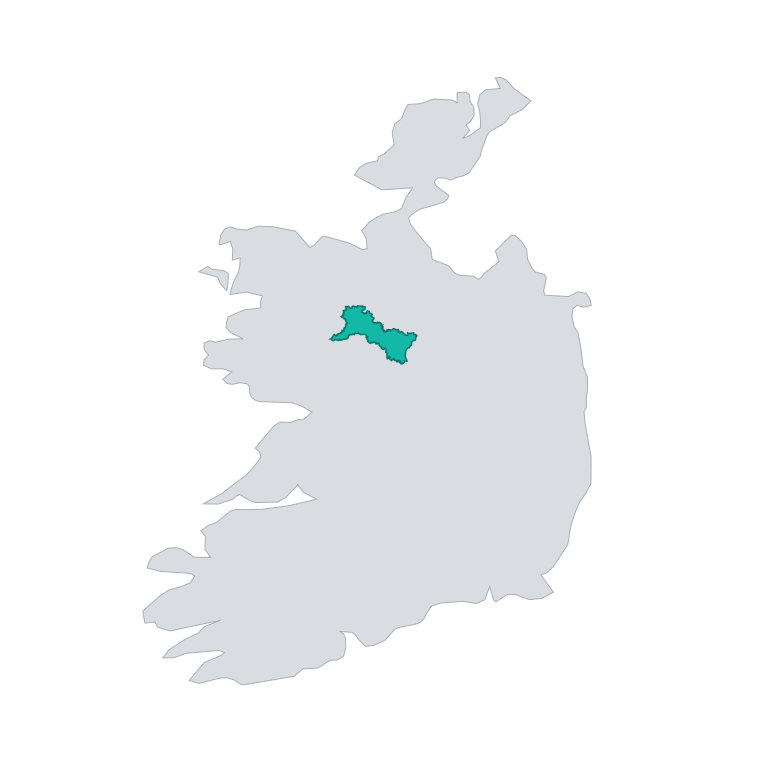 Roscommon Lea-6, Roscommon, Ireland (highlighted), rotated 6°
{"feature_id": "5873133B51577512339475", "entity_name": "Roscommon Lea-6", "entity_type": "district", "adm_level": 2, "iso_a3": "IRL", "parent_name": "Ireland", "parent_adm1": "Roscommon", "projection": "albers", "projection_center": [-8.414, 53.724], "detail": "fine", "context": "in_parent", "style": "filled", "palette": "teal", "viewbox_px": 768, "rotation_deg": 6, "n_neighbors": 0, "source": "geoboundaries", "source_scale": "gbopen_adm2", "svg_char_len": 9670}
<svg xmlns="http://www.w3.org/2000/svg" viewBox="0 0 768 768"><g transform="rotate(6 384 384)"><path d="M477.2,111.4L462.6,122.2L460.4,126.2L456.4,142.2L456.0,146.8L446.9,164.7L441.7,168.4L433.8,171.4L429.4,174.3L423.8,172.9L416.6,173.2L413.1,176.4L413.3,178.8L415.4,181.6L428.7,189.7L428.0,193.1L424.3,197.0L400.7,206.8L393.6,212.6L391.2,216.4L393.7,222.8L412.8,241.9L416.1,244.0L419.0,255.1L435.8,259.6L442.8,266.5L448.7,268.1L461.6,267.4L466.8,269.9L469.7,267.9L471.4,264.2L485.6,250.3L480.9,240.2L495.1,222.6L499.1,222.8L506.0,227.9L511.8,235.2L513.8,245.0L519.3,253.7L522.8,256.7L532.1,258.3L534.4,261.7L533.0,274.6L534.5,278.8L558.1,277.8L567.4,272.0L575.7,272.7L579.9,278.3L581.9,284.2L574.9,286.6L567.5,285.6L564.0,289.6L564.0,297.1L566.8,306.7L571.9,313.4L576.3,328.7L580.2,345.6L585.6,355.8L587.1,368.6L586.5,374.9L587.8,386.2L585.8,390.3L587.7,400.8L597.6,434.8L600.2,461.4L596.2,471.6L590.7,481.3L587.3,492.7L584.7,505.0L583.5,524.6L571.5,548.0L566.2,553.9L560.0,557.6L574.3,573.3L563.2,580.8L550.9,583.3L537.2,579.7L528.7,580.4L518.1,588.9L515.7,587.5L510.3,574.4L506.8,588.1L499.0,592.6L485.6,591.9L463.1,595.9L454.5,599.9L451.0,606.0L448.4,613.0L444.9,617.2L441.0,619.4L423.6,624.8L420.2,626.9L412.2,638.3L401.6,644.9L392.8,646.9L385.0,640.3L381.7,636.4L378.1,634.3L366.1,634.7L369.9,636.7L372.4,641.4L373.6,650.3L372.2,659.0L366.3,663.5L359.2,664.3L348.0,673.3L333.2,675.8L325.2,684.1L276.0,697.8L273.2,697.9L266.5,694.2L259.2,692.5L251.9,693.5L231.2,701.1L221.2,699.3L234.3,679.9L251.5,670.3L253.3,667.6L247.7,666.2L215.3,672.5L204.0,678.1L192.7,679.5L198.1,670.7L212.8,658.8L225.5,651.0L231.0,643.9L246.3,636.0L197.0,651.9L184.2,649.5L181.3,644.7L171.2,646.7L167.8,635.2L183.0,618.4L191.8,611.2L202.1,607.4L212.1,601.9L215.9,594.9L211.3,592.6L181.8,593.7L167.8,591.8L168.7,586.2L171.5,580.1L186.3,570.0L194.2,568.5L201.2,569.6L213.5,576.2L230.0,574.5L223.3,567.6L222.3,553.9L217.2,549.2L224.0,543.0L231.8,539.2L244.8,526.3L249.4,524.4L274.7,521.6L302.1,515.0L329.1,505.6L315.3,500.2L308.8,493.2L298.0,507.3L290.3,512.6L268.6,515.3L261.8,513.6L252.2,509.0L249.1,510.6L246.3,514.0L231.8,520.7L216.7,522.1L234.5,509.6L257.0,488.3L262.1,481.6L269.3,469.8L267.2,464.4L262.7,461.3L279.0,437.1L284.6,432.7L294.9,432.1L302.4,428.3L305.7,428.3L308.6,426.8L315.2,419.6L305.2,414.8L294.8,412.3L262.5,414.4L258.3,413.8L254.3,411.5L251.8,408.2L250.0,399.9L247.6,398.0L240.4,397.8L233.2,400.2L228.2,399.9L223.3,396.2L231.3,387.8L221.3,385.6L211.1,387.0L202.6,384.3L202.5,378.9L206.5,373.7L201.6,368.5L200.7,362.1L206.1,359.1L211.9,360.2L223.9,355.8L239.2,353.8L226.2,348.8L221.1,344.7L221.0,338.6L222.1,333.4L237.4,324.9L253.5,321.2L252.5,315.4L253.7,309.1L237.5,307.0L221.4,311.1L223.4,299.1L227.4,288.3L228.3,281.2L227.7,273.5L220.2,276.6L219.5,265.8L216.5,258.3L205.4,263.1L205.9,253.4L209.2,246.6L215.0,243.7L220.7,245.2L231.3,245.3L241.7,240.3L256.4,239.2L279.9,241.2L295.9,255.9L300.1,253.3L306.6,244.2L309.6,243.2L334.0,247.4L349.1,252.7L353.1,251.1L351.0,240.9L345.8,233.8L352.3,224.6L360.3,218.4L365.5,215.2L377.7,211.4L383.0,207.7L386.5,195.8L392.1,185.9L361.6,191.1L332.7,179.3L337.3,171.0L343.4,166.3L354.0,162.8L355.0,158.4L360.3,154.8L369.1,145.4L365.9,133.1L367.6,124.1L373.9,118.2L375.9,109.7L378.7,103.5L391.4,101.3L403.6,95.4L422.5,94.5L427.4,96.8L426.2,86.6L435.1,85.2L438.6,87.2L440.2,94.4L444.3,99.0L445.6,107.0L443.0,113.2L438.5,118.0L442.7,122.8L436.4,131.7L443.3,127.9L453.1,119.1L452.5,112.1L450.7,103.2L447.8,95.3L449.0,86.4L454.4,80.8L468.9,77.9L462.8,67.9L468.1,66.9L473.9,68.9L482.5,76.6L500.7,87.2L492.1,97.1L481.4,104.0L477.2,111.4ZM218.3,303.0L217.8,307.7L210.8,301.6L207.5,295.2L188.1,291.8L196.4,285.6L200.3,287.6L214.0,288.2L217.8,290.9L218.3,303.0Z" fill="#d9dde1" stroke="#a8b0b8" stroke-width="1"/><path d="M338.5,344.0L340.6,343.4L341.3,343.4L342.3,343.1L342.3,342.8L342.8,342.1L343.7,341.6L343.7,341.1L343.3,340.3L344.4,339.4L344.5,339.2L344.3,338.6L345.4,338.6L345.8,338.3L346.4,338.5L346.8,338.4L347.2,338.1L347.1,337.9L347.3,337.6L349.5,337.9L349.4,337.1L350.2,336.3L350.7,336.6L351.6,336.7L352.5,336.3L354.1,336.7L354.0,336.3L355.4,337.3L358.5,336.8L360.4,336.8L361.4,337.5L361.9,338.0L361.9,338.4L362.6,338.5L363.0,338.8L362.7,339.0L362.3,339.7L361.8,339.4L361.3,339.3L361.4,339.9L362.8,340.7L362.5,341.4L362.5,341.6L363.3,341.9L363.7,342.3L363.4,343.1L363.6,343.2L363.8,343.7L364.3,344.1L364.6,344.1L365.5,344.8L366.0,344.7L366.4,345.0L366.6,344.9L366.7,344.0L368.5,344.1L368.6,343.9L368.5,343.5L368.8,343.2L369.3,343.2L370.9,343.9L371.5,343.8L371.6,344.7L372.0,344.6L372.5,344.9L373.1,344.9L373.1,344.3L374.3,344.3L374.3,344.0L374.9,344.2L375.1,344.6L375.0,345.0L375.1,345.3L375.0,345.6L375.4,345.9L375.4,346.1L375.8,346.6L377.1,347.0L377.1,347.5L377.8,347.7L377.8,348.9L378.0,348.9L378.0,349.1L378.3,349.1L378.9,349.5L380.1,349.7L380.3,349.7L380.5,349.3L380.6,348.8L380.6,348.3L381.6,348.4L382.3,348.9L382.4,350.2L382.8,350.6L383.0,351.1L382.3,351.6L382.3,352.1L383.9,352.9L383.9,354.3L383.8,354.7L384.1,355.0L384.0,355.4L384.2,355.8L384.1,356.1L384.2,356.6L384.0,357.0L384.5,358.5L384.9,358.5L385.2,358.2L386.1,356.5L386.5,356.5L386.5,356.2L387.5,356.9L386.9,357.3L386.8,358.2L387.0,358.6L387.7,358.8L388.0,359.3L388.9,359.8L388.9,359.2L389.0,359.1L389.6,358.9L389.8,359.0L390.1,358.7L390.4,358.8L390.6,358.7L390.5,358.2L390.9,358.0L391.7,358.1L392.0,359.4L393.7,359.8L394.1,360.3L394.5,360.3L394.5,360.5L395.0,360.4L394.1,359.1L394.6,359.0L395.3,359.1L395.2,359.4L395.5,359.6L395.5,359.9L396.1,360.2L396.1,359.9L396.3,359.7L396.2,359.5L396.3,359.3L396.8,359.1L397.1,359.2L397.5,358.9L397.7,359.1L396.9,359.8L397.6,360.3L397.4,361.0L398.1,361.4L398.4,361.9L398.8,361.5L399.0,361.4L399.3,362.0L399.8,362.1L400.0,361.7L400.4,361.8L400.6,361.2L400.9,361.3L401.0,360.9L402.0,360.2L401.9,359.0L404.5,358.9L402.2,354.3L402.2,350.5L402.3,348.5L403.1,346.9L403.6,346.1L404.2,345.4L405.3,345.4L405.7,344.3L407.2,342.4L407.3,340.8L406.8,339.6L406.9,339.2L407.9,338.9L408.3,338.2L409.0,337.4L410.0,337.5L410.3,337.3L410.5,336.9L411.0,334.6L410.7,333.2L411.0,332.9L411.5,332.9L411.6,332.3L410.6,331.6L410.0,331.5L408.7,331.8L408.2,330.9L408.1,330.4L408.2,330.1L407.9,330.0L407.3,330.3L405.8,330.5L405.6,330.8L403.9,331.0L402.7,331.2L402.2,330.8L402.2,331.0L402.7,331.8L402.4,332.0L402.4,332.7L402.0,332.9L402.1,333.2L399.4,333.1L399.3,332.4L397.0,330.8L397.1,330.6L396.1,330.3L395.8,330.0L395.3,330.4L394.6,331.4L394.3,331.6L393.9,331.3L393.5,331.3L393.4,331.2L393.6,331.1L393.5,330.9L393.6,330.7L393.4,330.2L393.1,330.1L393.3,329.9L393.2,329.4L392.6,328.9L392.5,328.4L391.8,328.5L391.5,329.3L390.4,328.8L390.1,328.7L389.9,328.9L388.8,328.0L388.3,328.0L388.2,328.1L387.7,328.1L387.7,328.4L387.4,328.4L387.4,328.8L386.7,328.9L386.2,329.4L385.1,329.5L385.0,330.3L383.9,329.9L383.6,329.7L383.6,329.4L382.7,329.3L382.6,330.5L381.5,329.8L381.2,330.3L381.6,330.7L381.6,331.2L381.4,331.4L380.8,331.7L380.2,331.5L379.7,332.3L378.7,332.3L378.4,332.1L378.9,331.7L378.9,330.8L378.0,331.2L377.5,330.2L377.8,330.0L377.8,329.9L377.3,329.4L376.8,329.0L376.3,328.9L375.8,329.1L376.0,327.7L377.0,328.0L377.2,327.3L375.4,326.8L376.1,325.7L375.4,325.9L374.8,325.7L375.2,324.4L374.1,324.1L374.2,323.8L374.0,323.6L372.7,323.1L372.2,323.8L370.9,323.3L370.8,324.0L371.0,324.2L370.7,324.4L370.2,324.4L368.7,323.8L368.2,323.7L367.9,323.9L368.1,324.3L367.9,324.7L366.2,323.2L365.7,322.6L366.2,322.2L366.6,320.9L367.2,320.2L367.2,319.5L365.6,318.9L364.1,317.7L365.1,316.0L363.7,315.2L362.1,315.1L361.8,313.4L360.3,313.0L360.0,313.6L359.3,313.6L359.3,315.2L359.1,315.2L358.9,315.6L358.3,315.3L357.6,315.3L357.2,316.1L356.4,315.4L355.6,315.1L355.0,315.3L354.2,314.6L354.4,314.2L354.4,313.1L354.9,313.1L357.2,312.0L357.4,311.6L357.2,310.0L356.9,309.9L356.9,309.2L356.1,309.3L355.0,309.0L354.4,308.7L354.5,309.2L354.4,309.5L353.2,309.4L352.0,308.9L350.7,309.2L350.3,309.0L349.8,309.2L349.6,309.1L349.2,309.5L349.4,310.0L349.2,310.2L348.7,310.2L348.2,310.1L348.2,310.3L347.8,310.1L347.4,310.2L347.2,310.4L345.8,309.7L345.5,309.8L345.2,309.7L344.8,309.9L344.9,310.0L344.8,310.3L344.2,310.4L344.1,310.6L344.1,311.2L344.4,311.5L344.4,311.8L344.0,312.1L343.5,312.1L343.2,312.3L341.7,311.5L340.8,310.6L340.3,310.4L339.8,311.0L337.8,310.9L337.7,311.0L338.0,311.7L337.9,311.9L338.1,312.0L338.2,312.7L338.7,312.8L338.6,313.9L338.4,314.0L338.7,314.2L338.6,314.5L338.3,314.8L337.4,314.8L337.1,315.3L336.1,315.1L335.9,315.3L336.1,315.8L336.4,316.0L336.6,316.4L336.4,316.5L336.5,316.6L336.7,316.8L336.4,317.2L336.8,317.3L337.0,317.8L336.9,318.1L336.6,318.0L336.8,318.2L336.7,318.4L336.0,318.5L335.9,319.0L336.6,319.8L336.6,320.2L335.7,320.7L335.4,320.5L334.3,321.4L334.9,321.9L336.3,322.5L337.2,322.6L337.6,323.4L338.1,323.6L338.6,323.5L338.7,323.3L339.4,324.1L339.1,324.9L340.0,326.3L340.4,326.7L341.3,326.7L341.1,327.5L340.7,327.8L340.4,327.8L339.6,328.4L339.7,328.8L340.0,328.9L340.0,329.5L339.8,329.9L340.0,330.1L340.0,330.6L339.5,331.3L339.6,331.9L339.1,332.0L338.9,332.3L339.0,332.8L338.6,332.8L338.4,333.4L338.0,333.8L338.4,334.3L338.7,335.4L337.3,335.3L337.1,335.5L336.7,335.3L336.7,337.0L336.9,337.0L336.8,337.3L336.4,337.3L336.1,337.7L335.9,337.5L335.5,337.7L335.3,337.9L335.2,338.2L333.6,338.7L333.2,339.2L332.6,339.2L332.5,339.7L332.2,339.8L332.6,340.4L332.3,340.8L331.6,341.0L331.1,340.9L330.7,341.2L330.4,341.0L330.3,340.7L329.8,340.5L329.7,340.0L329.2,339.9L328.6,340.9L328.2,342.2L327.7,342.7L327.8,342.9L327.7,343.0L327.7,343.4L327.1,343.8L327.0,344.2L326.1,344.8L326.5,344.8L326.9,345.4L328.3,346.2L328.9,346.3L329.7,346.0L330.5,344.9L330.9,344.7L331.4,345.1L332.1,345.2L332.6,344.8L333.2,345.4L333.7,345.5L334.2,345.4L334.8,344.9L335.2,344.0L335.6,344.2L335.8,345.0L336.7,344.9L338.5,344.0Z" fill="#14b8a6" stroke="#0f766e" stroke-width="1.5"/></g></svg>